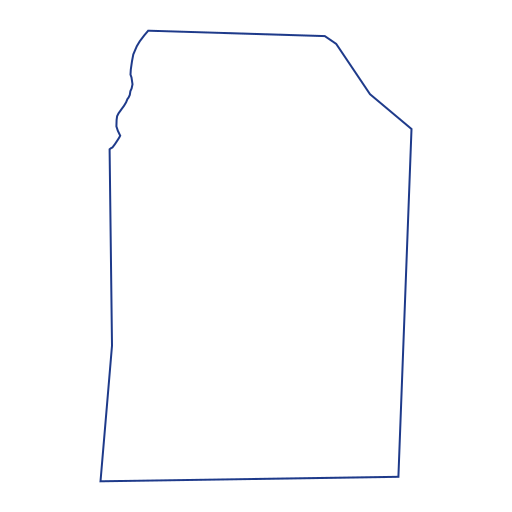 Morne Le Blanc, Laborie, Saint Lucia (Albers equal-area conic projection)
{"feature_id": "8701671B76730810017081", "entity_name": "Morne Le Blanc", "entity_type": "district", "adm_level": 2, "iso_a3": "LCA", "parent_name": "Saint Lucia", "parent_adm1": "Laborie", "projection": "albers", "projection_center": [-61.001, 13.759], "detail": "fine", "context": "isolated", "style": "outline", "palette": "blue", "viewbox_px": 512, "rotation_deg": 0, "n_neighbors": 0, "source": "geoboundaries", "source_scale": "gbopen_adm2", "svg_char_len": 577}
<svg xmlns="http://www.w3.org/2000/svg" viewBox="0 0 512 512"><path d="M398.4,476.8L411.5,129.0L370.0,94.2L336.2,43.9L324.8,36.1L148.2,30.7L144.3,35.3L139.8,41.2L136.8,46.2L133.3,54.4L132.0,61.2L130.8,69.5L130.5,74.6L131.5,77.5L132.5,84.3L131.6,88.5L130.4,91.1L129.8,94.9L128.6,97.5L127.4,99.1L126.1,102.3L124.0,105.8L121.5,109.2L118.5,113.4L117.1,116.2L116.6,119.9L116.4,126.4L117.8,130.7L120.2,135.7L119.3,137.4L118.0,139.5L114.9,144.2L112.4,147.5L111.1,148.1L109.6,149.3L112.0,345.7L106.8,407.2L100.5,481.3L398.4,476.8Z" fill="none" stroke="#1e3a8a" stroke-width="2"/></svg>